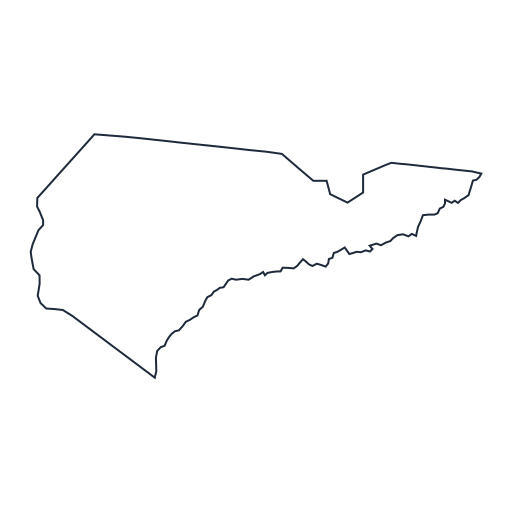 Esperantinópolis, Maranhão, Brazil (Robinson projection)
{"feature_id": "56859067B90627563258155", "entity_name": "Esperantinópolis", "entity_type": "district", "adm_level": 2, "iso_a3": "BRA", "parent_name": "Brazil", "parent_adm1": "Maranhão", "projection": "robinson", "projection_center": [-44.82, -4.92], "detail": "fine", "context": "isolated", "style": "outline", "palette": "slate", "viewbox_px": 512, "rotation_deg": 0, "n_neighbors": 0, "source": "geoboundaries", "source_scale": "gbopen_adm2", "svg_char_len": 1941}
<svg xmlns="http://www.w3.org/2000/svg" viewBox="0 0 512 512"><path d="M481.3,173.6L471.9,171.4L456.5,169.8L449.7,169.0L446.4,168.6L440.9,168.2L436.5,167.6L429.0,166.8L409.3,164.6L405.3,164.2L400.3,163.8L391.3,162.8L385.6,165.0L363.1,174.6L363.1,192.5L351.4,200.1L347.5,202.6L330.2,194.2L326.6,180.8L313.3,180.8L297.8,167.6L281.9,153.9L266.3,151.7L249.9,150.1L243.6,149.4L228.6,147.7L179.3,142.5L172.6,141.7L139.2,138.1L124.9,136.7L94.4,134.3L91.4,137.7L37.3,198.0L37.1,206.6L39.8,212.0L43.1,220.2L43.1,225.1L38.5,230.1L32.7,244.2L30.7,251.8L31.6,258.4L33.6,269.1L39.5,275.3L39.6,279.7L39.6,283.9L37.7,295.8L40.5,303.0L46.2,308.5L55.0,309.1L62.8,310.0L72.0,315.7L81.1,322.5L154.8,377.7L156.3,371.1L156.1,363.7L155.9,357.7L157.2,351.0L160.7,347.2L164.6,345.8L166.7,340.8L169.2,336.8L171.8,333.7L175.1,331.2L178.8,330.4L182.9,325.9L185.8,321.8L189.8,319.9L193.6,317.3L197.5,315.5L199.2,309.9L202.9,306.7L205.0,301.4L207.3,297.2L211.4,295.1L213.9,291.6L216.9,290.0L219.7,287.9L223.6,287.2L226.0,283.7L228.2,280.5L231.6,278.7L236.0,279.7L242.3,278.9L248.6,279.7L253.9,276.3L259.6,274.3L263.1,272.0L264.9,275.3L267.5,272.9L272.7,271.9L276.6,271.5L280.5,271.4L282.7,267.7L288.0,267.9L293.6,268.4L297.0,266.1L300.1,262.4L303.0,259.2L305.9,261.5L308.9,264.3L312.4,266.0L316.8,263.7L321.5,265.1L325.7,266.6L328.2,263.4L328.9,259.0L332.4,257.8L333.8,253.0L337.4,251.8L340.3,250.2L344.7,247.5L347.2,251.0L349.3,254.0L353.0,253.0L356.6,251.8L360.8,252.2L365.7,250.4L370.0,251.5L372.5,249.0L369.7,245.7L376.4,243.6L381.0,245.2L386.0,242.5L390.3,241.1L393.0,238.2L397.5,235.1L403.0,234.3L408.5,236.3L411.8,233.9L416.1,235.9L417.0,231.3L418.1,226.7L420.7,221.2L422.9,215.2L428.5,214.6L434.3,214.6L437.7,213.2L439.8,208.6L443.4,206.8L445.0,203.4L445.0,199.7L451.6,202.8L454.7,200.7L457.9,202.9L460.6,200.2L464.4,198.0L468.6,195.1L469.6,191.5L471.1,186.9L472.9,180.6L476.4,179.8L479.4,177.0L481.3,173.6Z" fill="none" stroke="#1e293b" stroke-width="2"/></svg>